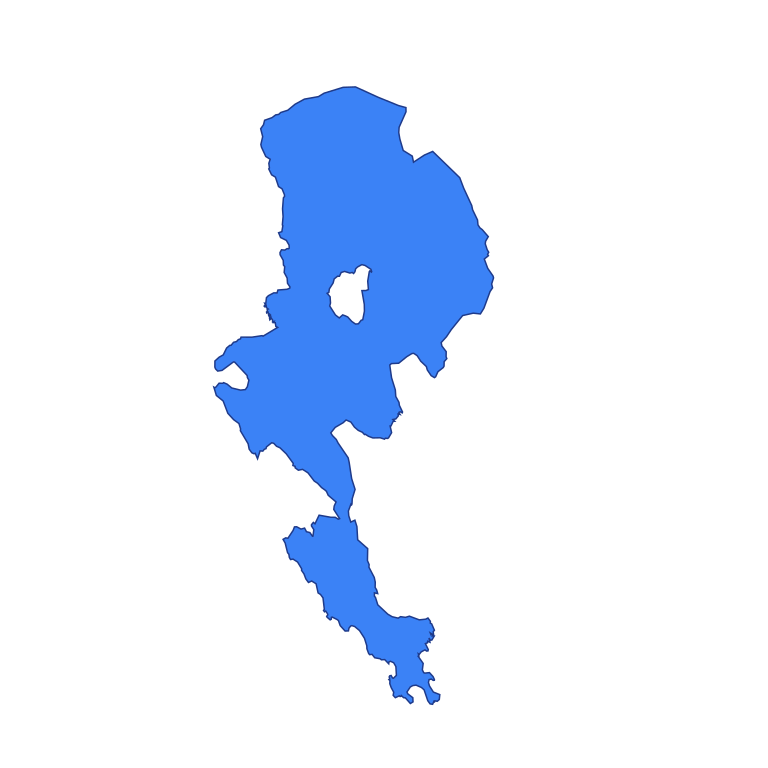 the district of Bukoba, Kagera, United Republic of Tanzania, rotated 141°
{"feature_id": "72390352B68293795880239", "entity_name": "Bukoba", "entity_type": "district", "adm_level": 2, "iso_a3": "TZA", "parent_name": "United Republic of Tanzania", "parent_adm1": "Kagera", "projection": "natural_earth1", "projection_center": [31.68, -1.353], "detail": "fine", "context": "isolated", "style": "filled", "palette": "blue", "viewbox_px": 768, "rotation_deg": 141, "n_neighbors": 0, "source": "geoboundaries", "source_scale": "gbopen_adm2", "svg_char_len": 6172}
<svg xmlns="http://www.w3.org/2000/svg" viewBox="0 0 768 768"><g transform="rotate(141 384 384)"><path d="M458.3,349.2L456.8,367.1L456.0,370.9L456.5,376.4L456.1,379.5L449.2,381.0L440.0,379.6L436.1,379.9L433.7,375.3L434.1,369.1L433.2,364.2L431.2,360.1L431.0,357.0L430.1,356.6L429.0,353.2L426.6,349.1L420.8,344.6L418.3,340.8L417.1,341.0L415.4,339.4L414.3,339.3L408.7,341.4L405.7,347.5L405.0,347.0L400.4,349.2L399.1,348.3L399.4,350.8L396.8,349.4L393.0,350.2L391.9,351.8L390.7,350.2L390.5,352.3L389.9,352.6L388.8,352.0L388.0,350.1L387.2,350.6L385.5,357.7L383.9,360.3L382.7,366.9L378.9,372.3L374.2,384.1L367.6,395.1L365.4,395.2L359.5,390.9L349.1,390.9L343.1,390.1L341.6,389.1L340.4,385.2L341.1,378.6L340.1,370.9L341.5,367.7L342.1,360.8L340.8,357.2L339.3,357.1L334.4,359.6L327.6,359.5L326.1,360.1L323.2,363.5L319.2,364.2L318.6,366.1L315.3,370.0L315.1,377.1L313.5,380.2L305.7,381.4L297.6,383.9L279.8,387.7L270.1,382.9L265.0,377.8L258.7,380.0L243.4,389.1L239.1,390.4L237.4,394.0L232.1,397.5L231.3,399.3L230.6,408.6L227.4,418.0L222.1,418.0L221.9,419.6L219.7,420.5L219.3,423.4L217.1,429.2L215.2,431.0L210.2,432.9L210.5,442.1L211.2,445.0L210.8,448.6L208.1,452.6L205.5,463.6L203.5,467.5L198.8,486.1L195.3,496.7L199.8,534.1L208.5,536.5L221.5,537.8L218.6,543.3L222.1,553.4L217.5,564.4L214.3,570.1L210.7,574.0L195.6,581.7L193.0,585.0L197.5,591.3L208.1,610.5L219.2,632.8L229.1,640.3L247.5,647.7L254.1,648.6L266.6,655.5L277.1,657.4L286.5,657.3L293.4,660.0L296.2,659.8L298.8,661.3L303.5,661.5L310.8,664.1L314.5,661.3L319.2,660.0L322.6,652.6L329.0,647.6L330.2,645.1L332.7,635.2L331.0,630.3L334.6,628.0L337.1,624.0L338.2,623.7L339.7,617.3L338.2,613.1L341.7,603.8L340.4,599.8L342.2,593.9L343.2,592.4L345.0,592.0L352.6,584.0L357.1,577.6L362.9,571.6L363.0,570.7L367.5,566.7L370.7,567.9L372.2,562.9L369.5,557.1L370.4,551.6L372.2,549.2L373.1,549.2L374.1,550.2L376.8,550.5L379.2,552.8L382.1,551.6L383.4,549.8L384.5,543.5L387.3,539.7L387.3,537.7L391.4,533.5L392.6,527.3L395.6,523.0L396.0,518.6L396.9,517.8L399.7,518.6L407.3,523.8L409.8,522.1L412.3,524.2L418.2,525.4L421.0,525.1L425.3,520.9L425.9,521.8L426.3,520.3L428.1,520.0L428.0,518.9L426.3,519.0L427.3,517.2L426.8,515.1L428.0,515.3L428.8,513.9L430.0,513.9L430.4,513.0L428.9,512.8L429.8,510.8L428.9,510.5L428.8,508.9L429.7,508.6L430.5,509.6L430.9,508.2L430.0,507.3L431.6,507.1L432.3,505.7L430.2,505.9L430.3,503.9L431.5,502.4L430.1,501.8L431.3,501.3L429.9,500.1L431.8,496.9L431.0,494.9L447.9,497.3L448.3,498.3L457.3,503.6L465.6,510.4L467.1,509.4L469.3,510.2L471.9,509.8L474.7,511.1L478.4,510.3L479.6,511.1L483.7,511.0L490.6,507.8L495.2,508.6L500.9,508.3L504.8,503.6L505.4,501.8L505.1,498.7L501.3,496.5L487.1,495.9L486.3,495.0L485.0,476.7L486.1,475.0L486.6,472.0L491.9,467.9L495.2,466.9L499.3,469.5L504.8,476.7L506.0,482.6L507.8,486.0L508.8,486.0L511.7,488.4L516.5,487.4L517.8,487.5L518.2,488.6L521.5,480.6L519.7,472.0L523.8,459.5L523.3,450.9L521.6,444.6L523.7,439.4L525.0,438.1L527.2,423.1L529.8,418.2L530.0,413.7L528.9,411.6L527.7,411.2L529.3,405.5L522.4,410.0L520.4,408.1L518.1,408.6L516.4,408.0L514.9,409.1L508.2,409.0L507.0,407.2L506.7,403.3L505.0,399.9L503.9,391.2L504.5,379.4L506.1,378.0L504.9,375.9L505.8,374.8L504.8,370.9L501.0,368.9L499.0,362.8L499.3,352.5L498.1,348.7L497.7,342.8L496.6,338.8L496.3,336.8L497.4,332.6L495.5,322.5L499.5,320.5L502.0,318.1L503.2,307.3L504.6,307.7L505.8,311.1L509.3,314.0L517.0,322.9L525.6,318.8L526.0,320.9L528.9,320.3L529.7,319.3L530.2,315.0L534.9,310.5L535.4,310.7L535.1,315.2L537.2,318.0L536.4,322.0L539.8,323.5L541.7,328.0L543.5,329.3L546.8,327.4L555.8,324.6L557.2,326.3L560.2,326.8L560.9,322.6L565.1,313.6L565.1,311.5L566.7,308.8L567.1,306.4L564.9,305.2L563.2,300.0L564.3,292.2L565.4,291.0L565.7,286.8L567.4,281.7L567.6,277.3L564.2,276.4L562.5,271.5L566.7,263.1L565.8,260.4L566.0,256.2L572.2,246.4L573.5,246.1L573.6,244.4L572.2,244.2L572.5,241.0L573.0,239.9L574.8,239.5L575.0,238.6L574.3,234.6L573.0,234.4L571.7,235.8L570.9,235.4L568.6,230.3L568.3,228.8L570.1,223.8L569.7,216.5L567.0,214.5L564.9,216.3L562.2,216.9L561.0,216.4L559.4,214.0L558.2,207.8L559.2,198.7L562.1,191.4L563.9,189.0L565.5,184.3L565.5,182.7L563.4,181.4L563.5,177.1L559.9,172.9L559.6,171.3L556.9,169.4L556.4,163.6L555.1,164.9L553.5,164.5L551.9,161.3L552.6,156.9L557.7,149.8L561.8,149.4L562.4,150.2L561.9,153.0L563.2,153.6L564.3,153.1L565.3,151.0L566.2,151.2L566.1,149.7L568.1,147.4L569.5,143.4L570.4,138.4L572.8,136.3L572.6,133.1L568.3,132.0L568.2,131.0L567.3,130.6L566.6,131.0L566.2,127.9L564.9,126.6L564.6,119.1L561.5,118.7L559.0,122.1L560.5,128.2L560.0,130.2L554.2,132.0L551.4,131.5L548.6,129.8L545.9,124.6L545.3,121.1L549.3,110.3L549.5,106.4L547.8,104.5L544.8,106.0L544.7,105.2L543.8,105.7L542.3,103.9L539.6,104.0L536.1,107.5L539.5,113.5L538.7,120.6L537.3,124.1L535.0,125.9L532.9,124.9L532.3,122.7L531.3,122.1L530.8,122.6L530.0,125.8L530.3,131.1L534.2,133.6L534.8,134.7L534.1,137.7L529.4,142.2L528.8,150.9L528.0,150.6L527.1,152.7L526.8,151.7L523.6,152.4L519.5,151.6L519.0,149.7L517.8,148.9L516.7,149.8L515.2,156.2L513.1,155.5L512.0,156.6L510.8,154.4L508.9,158.3L509.2,155.7L507.9,154.9L503.6,156.5L505.0,157.8L504.3,158.0L504.7,160.2L505.1,160.0L504.7,161.4L503.4,157.7L501.7,160.5L499.8,160.9L497.9,167.6L498.5,169.0L497.3,170.4L497.1,174.5L499.6,175.0L505.0,178.5L510.4,187.6L514.1,189.1L517.6,192.8L520.3,193.1L524.1,198.0L525.9,202.7L527.8,216.3L524.9,223.6L525.0,225.1L522.9,227.7L520.8,225.1L519.3,228.6L518.9,231.5L515.5,235.5L513.3,239.8L511.0,251.1L509.2,253.0L508.0,257.2L500.3,266.3L502.5,279.5L494.8,290.2L492.3,296.5L496.7,297.6L494.3,303.8L491.6,307.7L485.2,311.5L485.2,310.5L484.4,310.9L480.8,314.9L472.8,320.3L468.7,330.8L460.4,345.0L458.3,349.2ZM366.0,446.9L368.4,448.5L369.7,453.0L370.0,458.9L371.1,461.2L372.6,463.7L377.2,463.5L378.3,468.2L377.1,478.8L374.6,480.6L371.0,485.7L371.1,490.3L369.2,489.9L366.6,492.3L360.0,494.5L356.6,497.0L352.3,497.0L350.8,495.8L347.1,497.6L343.8,496.3L340.7,491.7L338.5,490.7L338.1,489.0L336.0,489.5L333.5,491.4L330.9,491.6L326.1,490.7L324.1,488.0L322.0,481.4L322.9,479.0L323.4,478.9L323.8,480.8L324.7,480.6L331.9,474.2L336.7,467.2L339.2,468.0L342.4,470.5L349.2,458.3L353.4,452.9L360.1,447.3L361.6,447.9L366.0,446.9Z" fill="#3b82f6" stroke="#1e3a8a" stroke-width="1.5"/></g></svg>